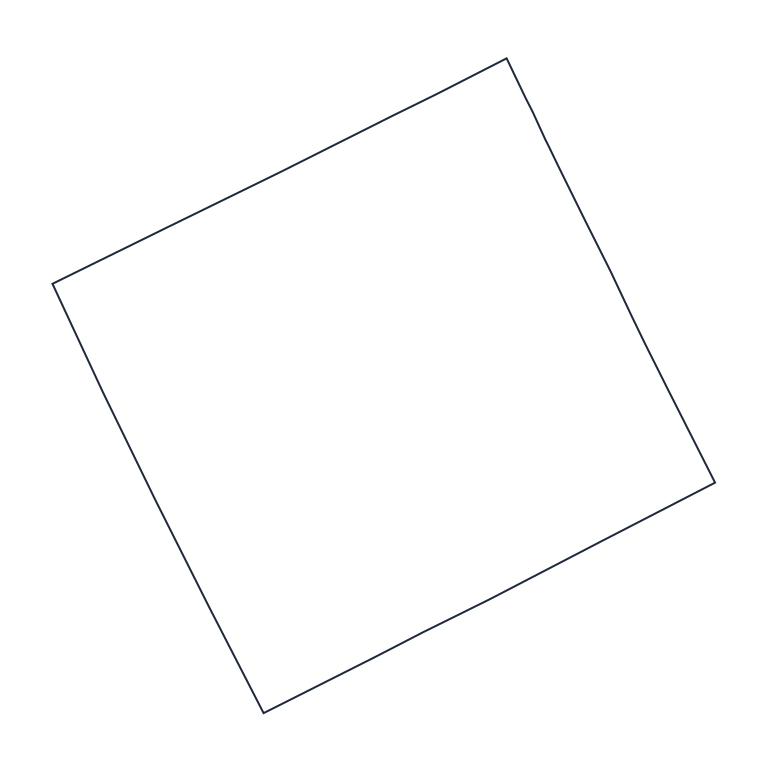 the district of Waukesha, Wisconsin, United States of America, rotated 333°
{"feature_id": "52423323B1729669151935", "entity_name": "Waukesha", "entity_type": "district", "adm_level": 2, "iso_a3": "USA", "parent_name": "United States of America", "parent_adm1": "Wisconsin", "projection": "natural_earth1", "projection_center": [-88.197, 43.019], "detail": "fine", "context": "isolated", "style": "outline", "palette": "slate", "viewbox_px": 768, "rotation_deg": 333, "n_neighbors": 0, "source": "geoboundaries", "source_scale": "gbopen_adm2", "svg_char_len": 550}
<svg xmlns="http://www.w3.org/2000/svg" viewBox="0 0 768 768"><g transform="rotate(333 384 384)"><path d="M634.2,622.2L634.5,515.6L634.6,504.7L634.8,474.3L634.9,465.1L635.3,445.5L635.5,435.6L637.0,387.6L637.1,377.8L637.4,329.4L637.4,328.6L638.1,276.6L638.2,268.6L638.7,246.3L638.7,239.9L640.0,209.3L640.0,193.5L641.1,149.5L562.7,149.6L513.5,148.9L387.0,148.1L260.5,146.0L134.1,144.2L129.8,264.0L127.6,383.5L126.9,503.4L127.3,622.6L253.6,623.2L305.8,622.9L380.1,623.8L507.3,622.8L634.2,622.2Z" fill="none" stroke="#1e293b" stroke-width="2"/></g></svg>